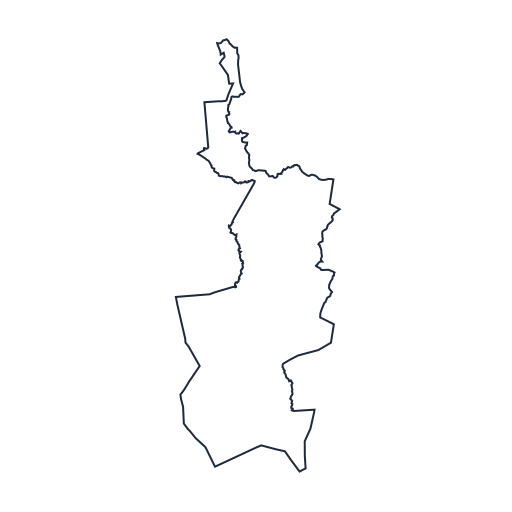 the district of Tinderet, Rift Valley, Kenya, rotated 85°
{"feature_id": "3690345B14310804681504", "entity_name": "Tinderet", "entity_type": "district", "adm_level": 2, "iso_a3": "KEN", "parent_name": "Kenya", "parent_adm1": "Rift Valley", "projection": "mercator", "projection_center": [35.153, -0.008], "detail": "fine", "context": "isolated", "style": "outline", "palette": "slate", "viewbox_px": 512, "rotation_deg": 85, "n_neighbors": 0, "source": "geoboundaries", "source_scale": "gbopen_adm2", "svg_char_len": 6087}
<svg xmlns="http://www.w3.org/2000/svg" viewBox="0 0 512 512"><g transform="rotate(85 256 256)"><path d="M40.6,276.1L42.3,275.8L49.0,273.7L52.3,273.6L50.7,270.5L54.6,269.9L55.6,270.6L57.6,272.8L60.8,275.3L73.2,268.2L82.0,267.7L82.1,263.8L92.3,269.3L98.3,271.9L98.8,272.8L98.9,277.2L98.6,279.7L98.3,294.0L143.8,294.1L144.5,294.9L144.9,295.8L144.1,297.6L144.0,298.4L144.7,298.6L146.0,298.2L148.5,304.7L149.1,305.3L150.4,303.1L154.7,297.7L155.8,296.7L157.1,294.9L159.8,293.5L161.5,292.9L162.0,292.4L163.1,292.6L164.1,292.2L164.7,291.4L165.3,289.9L167.2,290.3L168.0,290.1L168.5,289.5L168.7,288.8L169.7,287.9L170.0,286.8L170.9,286.2L172.7,286.0L173.1,285.5L173.5,283.6L173.4,282.8L174.0,281.5L174.0,280.3L174.9,278.7L174.4,278.0L176.1,273.3L177.0,273.0L177.6,272.5L178.3,272.3L178.3,271.6L178.8,271.0L179.8,271.2L180.5,270.6L180.4,269.7L181.2,269.2L182.1,267.2L181.5,266.4L181.3,265.6L181.3,264.7L182.2,264.5L181.7,263.7L181.6,261.8L181.4,261.0L180.7,260.5L181.0,259.6L181.9,259.2L181.9,258.0L181.6,257.0L180.7,256.9L181.0,255.8L180.8,255.0L179.9,253.7L179.9,253.0L180.6,252.3L180.8,251.4L181.3,250.7L182.2,250.9L184.5,252.3L216.9,274.8L219.8,276.5L220.5,276.1L220.8,276.8L221.4,277.3L222.1,277.4L222.7,277.8L223.1,278.7L223.8,278.9L224.1,279.6L223.5,280.4L224.0,280.5L225.6,280.3L226.6,279.0L227.6,278.6L228.6,278.6L230.3,279.4L230.9,278.8L231.2,277.3L232.8,275.8L233.3,275.1L233.3,274.4L232.9,273.6L235.2,273.9L236.5,274.8L237.3,274.9L238.0,274.1L239.0,274.3L239.7,274.0L240.0,273.4L242.2,272.9L243.4,271.8L245.8,271.7L246.9,271.3L247.2,272.3L248.6,273.0L249.1,272.5L250.2,272.3L250.2,271.3L250.4,270.7L250.9,271.2L251.4,272.2L252.1,272.3L253.7,271.8L254.5,271.7L255.9,272.2L257.4,271.7L258.3,271.1L258.9,271.5L259.6,271.2L259.6,270.3L259.8,269.7L261.8,269.4L262.4,270.4L263.2,270.0L264.0,270.3L265.9,270.0L266.6,270.1L267.2,270.9L268.0,271.0L268.4,271.9L269.0,272.3L270.6,272.5L272.3,271.8L272.6,272.6L275.2,274.3L275.6,274.8L276.4,274.9L277.3,274.4L277.8,275.2L279.8,275.6L281.0,277.1L280.4,278.0L280.7,278.7L282.6,279.5L283.2,279.5L284.4,278.5L285.1,278.5L285.4,279.5L284.8,280.1L284.9,282.1L288.6,300.3L290.1,305.5L289.8,339.4L297.5,338.6L332.5,333.7L336.1,333.8L340.4,331.0L360.7,321.7L375.3,333.6L378.9,336.2L383.5,339.7L387.6,343.4L392.2,343.1L400.0,341.8L416.7,342.5L422.5,338.9L424.8,337.0L432.3,331.9L442.1,323.0L462.3,315.2L446.8,272.5L445.1,267.3L450.1,253.5L453.1,244.2L462.2,239.0L474.5,231.4L471.9,225.1L459.5,224.8L444.8,223.6L432.7,216.8L416.7,211.7L414.2,211.1L413.7,231.8L413.0,233.6L411.8,232.6L411.2,232.8L411.0,233.9L410.1,234.1L409.0,233.9L407.5,232.9L406.6,232.7L405.9,233.4L405.1,233.3L403.4,232.6L401.2,234.3L400.5,233.8L399.4,233.7L397.1,231.9L396.2,231.6L393.8,231.9L392.2,231.4L389.9,231.8L388.4,231.7L387.7,232.1L385.9,230.8L382.9,232.2L383.7,233.8L381.2,234.6L380.1,236.0L379.5,236.4L377.4,236.7L376.3,237.0L375.3,237.5L374.6,238.0L373.8,238.0L372.9,237.3L372.1,237.8L371.4,238.5L370.4,238.4L369.2,239.2L368.3,239.2L366.6,238.9L365.7,238.4L362.2,231.0L358.8,222.9L355.1,202.0L348.9,188.9L330.8,184.4L322.8,197.4L319.4,197.0L317.8,196.5L314.4,195.0L308.6,192.0L308.1,190.9L304.0,188.8L303.5,188.1L302.6,186.0L302.1,185.5L300.1,184.8L298.5,183.4L295.8,185.4L294.6,185.9L293.7,186.0L290.8,185.5L289.2,184.4L288.2,184.1L285.4,181.9L283.0,181.3L282.5,180.8L282.2,180.0L280.3,179.8L279.3,179.2L278.2,180.8L276.0,184.9L275.8,190.6L275.5,192.3L274.5,192.7L273.6,193.5L272.7,195.2L272.1,195.6L271.5,196.9L270.8,197.1L270.4,196.2L268.0,194.0L267.5,193.2L267.2,192.6L267.3,190.5L265.8,191.6L264.9,191.7L262.0,190.3L258.3,190.6L256.0,190.4L254.7,190.8L253.7,190.8L251.9,191.6L251.1,191.4L250.6,192.1L249.8,192.8L249.2,192.2L248.5,191.8L247.9,190.8L247.2,188.4L246.3,188.4L244.3,187.9L242.1,188.3L241.3,188.0L239.3,188.1L237.3,187.6L235.8,184.8L235.7,184.1L235.2,183.5L234.4,182.9L233.4,182.7L232.8,182.2L231.9,182.1L231.3,181.7L230.0,180.1L228.6,178.0L227.3,176.7L226.1,176.3L225.1,176.5L224.6,177.0L223.7,177.0L222.9,176.7L222.4,175.9L221.6,175.2L220.6,174.8L216.7,168.6L210.6,178.1L186.5,172.2L186.0,173.5L186.0,174.6L185.8,175.2L185.5,176.9L186.1,180.0L186.1,183.1L185.7,183.8L185.6,184.8L184.9,186.4L182.2,188.6L180.9,190.3L180.0,192.7L179.9,193.8L180.8,195.8L180.8,196.7L180.4,197.5L178.9,199.6L176.2,202.6L174.4,203.5L172.8,204.5L171.2,204.8L170.5,205.1L169.9,205.6L169.5,206.6L168.8,207.1L168.9,209.0L168.7,209.8L170.0,211.0L169.7,211.9L170.5,212.7L171.0,213.9L170.6,215.5L170.2,216.4L171.1,217.2L172.0,218.8L172.7,219.4L172.5,220.4L171.9,220.8L172.5,221.5L174.5,222.4L175.5,223.6L176.4,223.6L176.3,225.3L176.0,226.4L176.2,227.3L177.0,227.6L178.0,227.5L179.3,228.6L179.7,229.5L179.7,230.5L179.3,231.4L177.7,232.4L177.9,233.5L177.8,234.2L178.0,234.9L177.7,235.9L177.1,236.4L176.2,236.7L174.1,238.5L173.3,238.8L172.4,238.8L171.9,239.4L170.7,246.4L171.3,247.9L171.3,249.3L170.5,250.5L170.1,251.6L168.5,252.5L166.4,254.4L165.4,254.7L162.8,255.0L159.5,254.2L157.7,254.5L155.5,254.1L154.9,253.8L153.4,254.5L152.1,255.5L150.2,256.6L147.8,257.6L147.0,257.1L145.6,256.9L145.1,256.4L144.8,255.5L142.2,254.9L142.0,256.9L141.2,259.4L140.6,259.8L139.2,260.0L138.5,259.6L137.4,259.7L137.1,258.8L137.1,258.2L136.0,255.8L135.6,255.1L133.7,253.5L133.2,254.3L132.7,255.9L132.4,258.0L132.6,258.7L130.1,260.5L132.6,262.6L132.2,263.4L132.4,264.5L131.8,265.6L131.1,265.9L130.3,265.9L130.5,266.8L130.1,268.2L130.6,271.4L129.5,272.3L126.2,270.0L126.0,269.1L125.2,269.3L124.8,270.1L121.7,271.6L121.2,272.4L120.4,272.3L119.7,272.7L117.6,272.9L116.6,272.9L114.9,273.5L114.1,273.5L113.5,273.1L113.4,272.2L112.7,270.3L111.8,270.2L110.9,270.6L110.3,270.2L109.8,270.9L109.2,271.2L107.0,271.2L104.2,270.4L103.2,270.4L102.9,269.7L102.2,269.2L97.2,267.0L95.5,266.6L95.1,266.0L95.0,265.1L95.5,264.3L95.6,262.1L95.9,260.3L95.8,259.2L93.4,257.3L93.8,255.3L93.1,254.6L92.7,253.8L92.0,253.1L88.5,255.1L84.8,256.1L81.5,256.7L63.7,257.2L59.4,256.7L57.3,256.1L54.6,256.0L52.4,257.0L46.9,256.7L46.7,257.5L46.8,258.9L45.1,261.1L42.6,263.0L42.2,263.7L39.5,264.7L37.5,266.5L38.2,268.2L38.3,269.9L40.2,271.7L40.7,272.5L41.0,274.4L40.9,275.2L40.6,276.1Z" fill="none" stroke="#1e293b" stroke-width="2"/></g></svg>